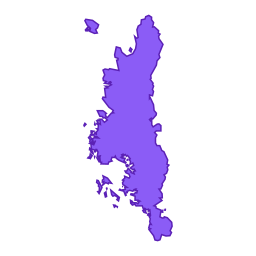 Dinagat Islands, Surigao del Norte, Philippines
{"feature_id": "2640588B17428979589921", "entity_name": "Dinagat Islands", "entity_type": "district", "adm_level": 2, "iso_a3": "PHL", "parent_name": "Philippines", "parent_adm1": "Surigao del Norte", "projection": "mercator", "projection_center": [125.572, 10.162], "detail": "fine", "context": "isolated", "style": "filled", "palette": "violet", "viewbox_px": 256, "rotation_deg": 0, "n_neighbors": 0, "source": "geoboundaries", "source_scale": "gbopen_adm2", "svg_char_len": 5892}
<svg xmlns="http://www.w3.org/2000/svg" viewBox="0 0 256 256"><path d="M148.7,228.0L150.5,228.8L149.0,229.6L153.6,235.7L155.0,240.0L157.7,240.6L160.0,239.8L161.7,234.6L166.0,236.0L169.9,235.7L171.5,232.5L170.1,230.8L172.1,226.3L171.7,222.3L167.3,217.7L164.3,216.8L164.0,217.8L162.2,218.0L159.9,216.8L161.1,210.2L156.2,208.2L155.9,206.4L154.0,205.8L162.0,200.5L159.6,198.0L162.3,197.8L162.1,193.7L159.0,189.1L160.8,189.0L162.5,185.2L162.0,183.9L165.0,179.3L165.4,177.0L164.0,174.8L166.5,173.3L167.8,169.8L167.2,167.1L168.9,165.1L166.9,164.1L167.7,160.0L163.9,151.7L161.8,150.5L159.8,145.6L156.9,145.6L155.5,143.0L155.5,137.8L156.9,135.0L154.6,132.5L156.3,130.9L160.9,130.9L160.9,125.6L159.0,123.9L157.2,124.1L153.1,126.9L151.8,124.9L151.7,119.7L150.5,120.9L149.5,119.5L151.3,118.1L152.8,118.9L156.2,115.0L156.4,113.2L154.1,110.5L153.5,104.6L150.2,97.6L149.5,98.5L149.5,94.9L152.5,95.8L153.5,91.5L152.4,89.5L153.6,86.1L152.6,84.4L153.1,83.2L150.2,79.3L151.1,78.3L150.7,75.4L156.4,65.2L157.0,60.9L159.9,57.6L158.9,54.4L163.0,44.4L159.0,38.7L158.6,36.1L160.0,34.1L158.3,33.2L158.6,30.7L154.3,26.8L152.6,27.0L153.6,22.6L151.5,19.7L151.6,17.2L148.8,15.4L145.7,16.7L145.0,19.0L141.4,19.8L140.9,24.3L138.2,26.1L136.9,29.8L138.1,37.5L136.7,38.3L134.7,36.4L136.4,43.8L135.6,48.7L132.8,53.7L126.8,56.3L121.9,52.3L120.3,48.0L116.3,46.9L114.6,54.9L115.1,57.3L118.1,58.4L117.9,60.0L116.6,60.2L118.9,70.5L109.6,68.7L108.6,69.7L105.0,69.0L103.0,70.1L104.7,74.9L103.0,78.2L103.4,80.6L106.4,81.5L104.5,83.2L108.5,84.0L109.2,82.1L110.6,81.7L111.1,82.5L109.6,84.0L111.3,84.8L108.6,86.3L105.5,86.2L107.7,87.8L104.6,88.3L105.7,97.4L103.0,97.1L102.4,98.7L109.0,107.3L113.3,110.4L112.4,112.0L113.5,112.8L111.4,113.1L107.4,117.5L105.9,116.5L105.5,113.7L106.3,113.4L104.9,112.1L102.8,110.7L97.3,110.7L99.9,116.3L102.5,116.5L103.1,118.0L104.9,117.7L107.3,120.0L104.4,122.3L101.7,119.2L99.8,119.2L100.4,124.3L97.7,122.4L98.0,119.9L96.7,120.8L97.7,121.7L97.1,123.4L98.5,124.4L98.0,128.9L96.8,128.8L98.0,130.0L96.3,132.2L96.4,134.9L95.0,132.5L93.7,134.9L94.3,136.7L96.7,136.4L98.6,138.0L94.4,137.7L92.6,138.6L93.2,142.1L94.6,142.3L95.6,140.5L94.0,144.1L92.3,142.5L91.5,142.9L92.3,144.1L91.3,143.6L91.2,142.8L92.5,140.7L90.0,135.9L88.5,137.7L90.4,139.9L89.7,141.2L90.5,142.7L89.5,143.3L91.0,144.1L91.3,149.0L94.6,150.0L94.4,152.3L96.3,148.9L96.2,150.8L96.9,149.9L98.0,152.0L97.2,156.5L100.2,155.9L99.7,158.2L97.0,158.1L99.4,162.3L99.3,158.8L100.0,158.8L100.4,162.2L101.6,162.3L101.0,163.9L108.1,164.1L108.7,162.1L112.1,161.0L111.1,159.9L112.0,157.3L114.4,157.5L115.3,156.1L116.1,158.2L118.9,160.2L125.6,163.2L126.0,162.4L124.0,160.9L125.2,158.3L122.2,158.1L121.1,157.3L122.4,156.9L122.0,156.8L121.9,156.3L121.4,156.2L123.3,155.6L121.9,154.7L123.1,154.1L124.6,155.4L124.4,155.0L125.3,154.5L126.4,156.2L127.5,155.5L130.2,158.7L129.4,159.6L130.5,161.6L130.0,164.3L132.8,163.1L133.7,165.3L130.4,168.0L132.9,169.7L134.1,169.1L135.3,170.9L133.2,171.5L133.3,172.0L133.7,172.7L134.1,173.8L131.0,172.5L131.2,171.4L128.1,168.4L126.8,171.0L125.0,171.0L125.9,172.7L129.0,174.2L130.0,176.7L129.1,178.1L124.6,176.2L124.8,178.1L122.5,180.1L123.8,180.8L122.5,182.7L122.9,184.5L126.9,187.3L124.8,187.4L125.3,189.4L120.8,190.1L119.9,189.2L119.3,190.0L123.8,191.2L125.5,195.5L126.2,195.1L125.1,193.3L127.3,192.6L127.0,191.5L129.6,190.3L132.9,191.2L134.0,189.6L135.0,189.6L135.2,189.2L135.5,189.3L135.6,189.1L136.1,189.1L135.2,190.7L137.3,190.8L136.8,192.9L135.3,192.7L134.2,194.1L131.0,193.8L130.7,194.7L135.1,196.2L135.0,200.2L138.1,200.2L139.8,201.1L138.0,201.6L138.8,202.4L137.9,203.8L136.4,202.8L131.4,202.7L132.4,201.4L130.5,200.3L130.7,203.2L132.4,205.1L134.8,204.2L136.0,205.9L142.2,205.8L143.5,209.4L144.8,208.3L146.5,209.7L148.4,209.2L148.4,211.1L149.8,210.1L150.5,215.5L149.5,217.2L150.3,218.7L149.7,221.9L151.2,224.4L149.8,224.1L148.7,228.0ZM92.6,20.4L85.8,19.3L84.9,20.7L87.3,25.4L90.5,28.3L90.2,29.5L89.7,28.4L89.4,28.3L89.8,31.4L94.5,33.4L97.3,33.0L95.6,29.5L97.5,27.9L98.6,24.8L92.6,20.4ZM103.0,175.9L103.8,178.9L102.4,180.1L102.3,182.1L103.9,181.6L102.6,185.2L105.7,182.6L108.3,183.8L108.6,182.8L111.6,183.3L107.5,178.1L103.0,175.9ZM110.8,190.1L111.7,194.7L112.9,196.2L114.8,195.4L118.2,197.7L116.8,199.6L118.5,200.9L119.4,197.4L110.8,190.1ZM97.0,180.2L96.6,182.4L98.7,184.3L98.4,186.2L99.4,187.2L99.2,191.3L97.7,191.6L99.1,193.6L102.0,187.5L98.3,180.6L97.0,180.2ZM106.6,196.5L105.9,191.9L104.4,193.1L105.4,197.0L106.6,196.5ZM130.4,47.9L129.3,50.4L131.4,52.4L130.9,51.0L132.0,49.4L130.4,47.9ZM88.3,26.6L85.4,29.9L85.7,30.8L88.1,30.9L88.4,29.7L86.9,30.3L88.3,26.6ZM144.8,209.4L142.8,210.6L143.9,212.3L146.2,213.0L144.8,209.4ZM90.3,153.9L89.7,156.8L90.5,158.4L92.2,155.6L90.3,153.9ZM89.7,148.2L89.5,149.8L90.7,150.0L90.7,151.2L92.6,152.2L91.8,150.5L90.9,151.2L91.9,150.0L89.7,148.2ZM148.5,213.4L147.6,215.0L149.1,216.1L149.6,213.9L148.5,213.4ZM84.9,123.3L83.9,125.2L84.3,126.1L86.0,124.3L84.9,123.3ZM93.7,131.2L91.1,130.8L91.0,131.7L91.3,133.5L92.0,133.9L92.0,132.5L93.7,131.2ZM113.6,205.0L114.4,207.2L115.9,206.1L115.4,205.3L113.6,205.0ZM127.6,164.6L126.0,165.1L126.6,166.6L127.7,166.5L127.0,165.1L128.3,165.4L127.6,164.6ZM162.6,210.8L162.1,211.5L161.4,212.0L162.7,212.2L162.6,210.8ZM165.2,210.2L165.5,208.7L164.7,210.1L165.2,210.2ZM117.4,206.6L116.2,206.1L117.3,207.1L117.4,206.6ZM99.9,156.2L99.0,156.2L98.4,156.8L99.2,157.1L99.9,156.2ZM88.3,157.3L87.8,158.0L88.8,158.2L88.3,157.3ZM95.4,125.6L94.8,123.6L94.6,124.5L95.4,125.6ZM91.4,133.8L90.6,134.6L91.8,135.4L91.9,134.9L91.4,133.8ZM106.7,187.5L106.5,188.4L106.8,189.1L107.0,188.7L106.7,187.5ZM92.7,152.9L91.9,152.9L92.9,153.7L92.7,152.9ZM127.7,159.5L127.1,160.0L127.7,160.2L127.7,159.5ZM97.1,123.4L96.6,123.8L97.0,124.1L97.1,123.4ZM98.8,120.7L98.2,120.9L99.3,120.7L98.8,120.7ZM93.4,134.4L92.5,134.7L92.5,135.0L93.4,134.4ZM95.1,155.7L94.5,156.5L94.6,157.0L95.1,155.7ZM123.0,186.7L122.5,186.5L122.2,186.6L123.0,186.7Z" fill="#8b5cf6" stroke="#5b21b6" stroke-width="1.5"/></svg>